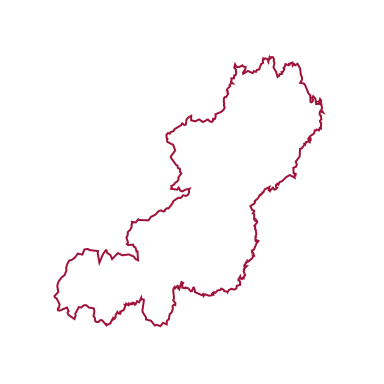 the district of Amansie Central, Ashanti, Ghana, rotated 192°
{"feature_id": "2480657B25462964367622", "entity_name": "Amansie Central", "entity_type": "district", "adm_level": 2, "iso_a3": "GHA", "parent_name": "Ghana", "parent_adm1": "Ashanti", "projection": "equal_earth", "projection_center": [-1.784, 6.207], "detail": "fine", "context": "isolated", "style": "outline", "palette": "rose", "viewbox_px": 384, "rotation_deg": 192, "n_neighbors": 0, "source": "geoboundaries", "source_scale": "gbopen_adm2", "svg_char_len": 5968}
<svg xmlns="http://www.w3.org/2000/svg" viewBox="0 0 384 384"><g transform="rotate(192 192 192)"><path d="M244.6,150.3L243.8,148.8L244.4,147.9L243.8,145.2L244.5,142.3L246.5,139.4L245.9,136.3L246.7,133.9L244.0,129.1L244.9,127.5L243.4,126.8L238.6,128.3L237.7,126.6L235.8,126.0L233.9,122.3L233.0,122.6L230.6,114.0L233.2,114.6L235.6,116.8L240.9,117.8L246.9,115.6L251.8,116.8L256.2,109.7L258.7,113.4L262.4,114.8L263.5,117.2L264.2,117.1L266.2,112.5L267.9,103.6L271.5,112.5L271.7,114.7L279.7,113.9L282.2,114.6L285.3,113.4L286.2,108.0L290.9,108.0L292.8,103.7L295.6,100.5L297.9,99.4L299.1,95.4L299.3,91.4L298.5,89.3L299.3,84.3L301.9,81.1L303.9,76.7L304.3,72.3L302.0,66.4L304.9,61.5L304.0,60.2L302.3,59.8L298.2,54.6L298.0,51.3L299.0,50.1L298.5,48.4L296.9,48.4L290.3,53.0L287.9,49.8L288.8,48.4L287.3,46.1L280.6,43.3L280.1,46.8L280.9,48.6L278.7,55.9L276.5,55.9L274.2,58.7L271.9,59.3L268.7,57.5L264.0,57.8L262.6,54.8L262.6,50.2L260.9,48.7L259.9,45.7L258.5,45.0L256.3,45.5L255.1,47.6L253.2,47.8L248.1,43.9L247.9,45.0L246.9,44.6L244.6,46.4L243.6,50.5L243.1,50.5L243.0,51.6L242.6,51.0L241.6,51.8L242.2,52.3L240.7,53.6L241.2,55.7L240.1,59.2L238.6,57.9L236.9,58.0L236.7,59.4L237.4,59.0L237.4,59.9L234.3,62.2L233.5,67.2L234.1,67.7L232.9,67.9L233.1,69.0L231.4,68.4L230.9,69.4L230.4,68.2L229.1,69.5L228.7,68.7L228.7,69.7L227.8,69.8L228.4,70.4L226.6,71.5L224.7,70.1L224.6,71.0L223.8,70.6L223.0,73.8L220.8,73.1L219.7,78.1L219.0,76.4L217.0,76.9L216.5,75.8L215.9,65.8L214.9,63.8L210.9,59.8L210.5,57.8L205.2,57.5L200.6,53.7L198.6,54.8L195.1,54.1L193.0,58.0L189.2,57.3L189.8,60.7L188.2,62.8L188.4,67.9L187.0,69.8L186.4,73.7L187.3,76.2L186.3,78.0L184.9,77.9L185.1,79.8L187.9,82.2L187.5,84.3L190.0,92.1L189.9,94.0L189.2,95.5L188.4,94.4L186.6,97.2L185.6,96.7L185.5,94.9L184.3,94.2L183.5,101.8L181.7,101.2L182.3,99.8L181.6,96.4L178.5,96.4L178.4,97.3L175.6,97.0L172.6,94.6L171.4,95.2L171.1,98.2L170.4,98.9L169.1,97.2L168.3,94.7L160.8,93.1L159.9,94.4L159.0,92.8L158.2,94.6L153.8,94.1L151.3,95.0L151.3,96.3L149.8,96.0L150.4,97.6L149.6,97.6L149.5,98.6L148.2,98.3L146.4,101.1L143.9,102.0L143.3,103.6L140.7,102.9L139.8,101.7L137.1,101.9L136.4,101.2L135.7,103.6L133.2,105.6L130.8,105.2L129.1,106.2L128.5,107.4L128.7,109.5L125.5,111.2L126.5,114.5L128.5,115.6L127.3,119.5L126.4,117.4L125.1,117.2L124.7,118.6L123.5,118.2L123.4,120.9L122.7,121.7L125.0,125.0L124.7,126.4L125.3,127.1L123.1,130.8L125.4,130.2L125.5,131.8L124.5,133.1L124.5,134.6L123.0,135.3L123.5,136.5L122.0,136.3L119.6,139.4L118.7,141.8L119.2,142.4L118.1,142.5L119.6,145.3L120.6,145.2L121.3,147.1L119.4,148.7L118.2,155.4L116.8,157.8L119.5,158.6L119.2,157.3L119.7,157.3L120.5,160.4L120.1,161.3L120.6,161.7L120.3,164.2L122.0,168.7L122.8,169.1L122.8,170.9L124.0,171.9L121.9,175.9L122.6,177.3L123.9,177.0L123.8,178.2L125.3,178.1L125.0,178.9L125.7,179.2L126.6,183.2L128.0,183.7L127.1,185.8L127.4,186.7L129.5,187.0L132.0,190.4L128.7,193.6L128.2,195.1L128.8,196.1L126.1,199.6L125.2,203.0L124.2,203.2L124.4,203.9L122.9,205.2L123.1,206.2L122.1,206.6L121.4,209.7L117.4,212.9L117.8,211.3L117.2,210.8L117.3,208.8L117.0,209.7L116.1,209.1L116.0,210.6L115.4,210.3L113.7,213.1L112.1,211.5L110.8,211.9L109.6,213.9L111.0,214.7L111.3,216.4L110.3,217.8L109.0,217.0L108.5,219.7L106.0,221.5L103.0,226.1L99.9,228.9L94.6,227.3L95.2,228.5L95.0,229.5L94.2,229.6L94.3,231.3L96.5,231.5L97.9,236.8L95.6,238.2L95.1,240.5L96.8,243.2L94.1,249.2L95.3,256.7L93.8,257.4L92.1,261.2L91.3,261.4L91.2,262.3L92.0,262.8L91.0,263.4L90.7,264.7L89.0,265.3L88.7,266.3L87.3,265.4L87.4,266.6L86.7,267.5L87.1,268.8L88.8,267.2L89.3,268.6L87.9,271.4L84.9,274.4L84.7,277.9L83.5,278.0L82.9,279.1L80.6,278.7L80.3,281.1L79.1,280.8L80.1,286.6L81.1,286.9L81.6,288.2L80.6,290.0L81.9,293.6L83.0,294.0L83.6,295.7L83.4,297.6L80.3,297.0L82.6,299.4L82.3,301.2L83.4,304.1L84.5,304.4L84.0,305.6L84.8,306.6L84.7,308.4L86.1,309.6L86.3,306.8L87.3,306.5L86.3,305.8L86.1,304.7L88.8,303.8L90.8,309.0L93.4,310.9L94.0,309.0L93.0,307.7L92.8,305.8L94.0,304.5L94.9,304.9L96.4,311.2L98.5,312.5L103.6,320.1L104.9,321.3L108.9,321.3L107.7,324.8L108.4,327.4L109.9,329.2L111.9,335.3L115.5,339.4L117.3,337.4L118.8,338.4L119.8,336.6L120.7,339.5L123.7,337.6L123.0,336.8L124.1,336.0L127.2,336.5L127.2,334.1L128.3,332.3L127.2,331.4L127.5,330.0L128.0,328.6L129.3,328.0L128.5,326.3L130.9,325.4L130.9,323.7L132.2,322.4L134.7,327.0L138.2,330.8L138.2,335.6L139.2,336.8L139.4,338.9L141.0,340.7L142.6,340.4L142.9,338.1L143.1,339.4L143.7,338.9L144.2,339.6L144.4,335.3L145.8,337.6L148.2,338.0L149.3,336.5L150.0,337.2L150.1,335.0L149.3,333.1L151.0,331.5L151.8,325.8L153.8,325.0L154.4,322.8L156.5,323.1L157.3,320.9L162.5,322.0L166.5,318.3L166.9,319.4L165.4,322.9L165.5,325.3L168.0,325.4L169.0,326.4L171.6,324.2L174.4,323.6L176.4,325.8L176.5,322.3L174.6,321.0L173.5,317.7L173.7,315.4L175.0,314.8L174.6,311.9L177.1,311.3L176.5,309.0L176.8,308.0L174.7,306.7L176.4,306.5L177.5,304.6L176.7,303.5L178.8,300.3L179.0,298.5L177.9,297.9L178.1,296.7L177.1,295.8L178.3,292.0L179.4,291.9L180.3,290.3L179.6,286.5L178.8,285.4L179.0,283.8L177.5,281.2L178.4,278.7L180.2,276.4L185.3,272.8L184.5,270.8L184.9,268.0L186.6,267.9L186.2,266.1L187.2,264.6L189.3,264.8L191.6,266.3L195.8,262.7L200.2,264.5L203.3,261.9L207.8,261.9L208.6,266.3L211.2,264.1L212.4,261.8L212.1,256.7L213.4,255.9L215.8,257.1L216.4,255.2L222.3,249.7L222.6,247.9L225.6,245.9L225.9,244.4L227.7,244.7L228.9,242.6L228.1,239.7L227.0,238.9L227.3,237.7L226.4,235.8L220.2,234.2L217.1,229.2L220.1,222.2L219.5,220.9L213.2,215.2L211.7,214.8L210.8,212.6L208.8,212.3L207.8,209.1L206.3,207.9L208.3,203.6L207.8,201.3L208.7,199.1L210.6,197.2L211.2,195.4L213.5,193.5L212.7,192.2L213.2,190.8L207.0,191.2L205.9,193.5L203.6,190.8L201.5,190.6L199.0,192.9L195.0,194.7L195.5,193.3L194.8,191.1L195.1,188.8L197.0,186.9L199.9,187.0L201.9,183.7L204.2,183.5L205.5,182.2L208.3,179.3L208.9,176.4L211.6,171.0L213.3,170.9L214.9,168.5L214.8,167.5L215.7,167.0L218.8,167.5L220.9,166.1L222.9,162.4L227.0,159.1L228.7,155.2L237.9,153.6L238.9,154.1L240.7,150.5L244.6,150.3Z" fill="none" stroke="#9f1239" stroke-width="2"/></g></svg>